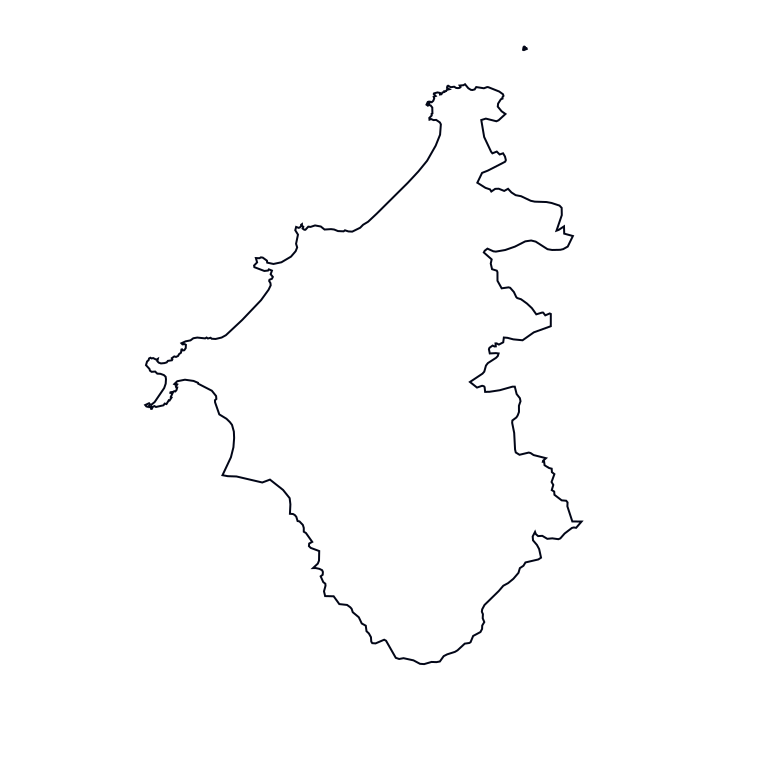 outline of Binh Son, Quảng Ngãi, Vietnam, rotated 253°
{"feature_id": "81297802B82760747397164", "entity_name": "Binh Son", "entity_type": "district", "adm_level": 2, "iso_a3": "VNM", "parent_name": "Vietnam", "parent_adm1": "Quảng Ngãi", "projection": "equal_earth", "projection_center": [108.804, 15.309], "detail": "fine", "context": "isolated", "style": "outline", "palette": "ink", "viewbox_px": 768, "rotation_deg": 253, "n_neighbors": 0, "source": "geoboundaries", "source_scale": "gbopen_adm2", "svg_char_len": 6167}
<svg xmlns="http://www.w3.org/2000/svg" viewBox="0 0 768 768"><g transform="rotate(253 384 384)"><path d="M606.7,579.1L610.4,576.2L616.0,573.9L618.8,575.1L622.1,579.0L622.3,580.8L623.5,581.0L624.6,582.5L626.3,582.5L630.0,579.7L637.3,570.6L637.8,569.5L637.6,566.0L641.0,559.0L639.2,556.8L639.3,554.5L639.9,553.1L642.2,551.1L647.0,549.1L646.5,547.4L647.3,543.6L645.6,544.0L645.1,542.9L645.3,541.3L646.0,539.6L647.8,538.0L648.3,534.6L650.5,532.5L650.2,531.6L648.7,530.8L646.8,532.6L646.9,530.1L646.0,529.1L646.3,527.2L645.6,527.1L645.7,525.1L644.3,523.6L644.5,522.2L646.0,522.6L647.2,520.4L647.3,516.8L646.8,516.4L644.3,517.6L644.2,515.5L642.4,515.5L640.4,513.9L639.5,512.0L640.4,510.7L639.3,509.5L639.8,508.5L640.9,508.9L640.9,508.3L638.7,506.3L637.4,507.3L638.0,508.0L636.8,510.0L634.3,511.0L628.6,509.4L628.4,508.5L626.8,508.1L625.2,505.1L623.5,504.8L623.6,506.5L621.9,508.5L621.3,511.1L617.8,513.9L615.7,514.3L606.0,510.5L596.8,503.1L584.9,490.5L577.2,479.0L569.5,465.7L548.9,426.6L543.8,416.2L542.4,410.6L540.4,406.9L539.0,398.2L540.3,394.6L542.4,391.6L541.8,390.0L543.7,384.7L546.3,381.5L547.6,378.6L549.1,372.3L553.1,369.6L555.8,364.4L555.7,359.7L556.6,357.6L554.5,354.0L554.8,352.9L556.5,351.6L557.9,352.8L559.5,351.8L560.8,352.2L560.5,351.3L559.1,350.8L558.3,349.1L558.3,348.0L559.9,345.9L557.0,344.1L552.0,345.4L543.8,340.9L540.0,340.9L536.8,338.3L533.0,332.3L530.4,321.5L531.1,313.4L534.2,307.8L536.2,308.1L540.3,305.0L541.1,303.3L540.7,301.7L541.9,298.3L537.4,298.2L535.3,294.4L533.6,294.2L527.1,302.6L526.4,306.3L527.3,307.4L525.2,310.0L522.1,307.7L518.9,309.0L517.4,307.6L517.2,305.0L516.1,304.3L513.7,304.9L511.5,304.5L507.9,301.2L500.1,290.9L486.7,267.1L476.9,247.1L475.9,242.3L476.3,236.1L477.7,232.4L478.9,231.7L479.0,228.9L480.3,227.9L479.9,226.3L483.0,219.0L483.5,215.0L482.3,211.7L482.8,206.8L482.2,202.2L480.8,202.9L480.4,205.1L479.4,206.0L476.3,204.9L474.7,202.9L474.9,201.5L476.2,201.0L476.2,200.4L473.3,199.0L472.5,196.8L471.0,195.2L470.7,193.0L471.7,191.5L470.7,188.6L469.4,188.8L468.7,188.1L469.3,184.1L468.2,182.5L468.2,180.1L468.9,176.7L470.3,174.8L472.1,173.9L474.2,175.1L473.8,173.4L476.3,170.8L476.4,169.2L477.4,168.3L477.1,166.8L475.6,165.8L474.8,164.0L471.6,161.9L467.0,164.1L465.2,164.1L463.6,165.3L462.8,168.8L460.2,170.2L459.1,173.2L456.9,176.1L454.8,177.3L452.3,176.9L448.1,175.3L444.4,172.6L433.8,159.4L432.3,155.7L432.6,154.3L434.3,153.7L433.7,149.5L432.0,150.2L431.2,151.5L431.8,152.9L430.5,152.9L430.4,154.6L428.4,154.0L428.1,154.6L429.8,156.3L430.0,158.0L428.7,159.2L428.1,166.9L429.4,168.5L428.4,170.1L431.4,173.5L430.9,174.1L433.2,176.9L433.9,176.3L436.9,179.0L438.0,177.1L438.5,177.4L438.1,180.5L438.5,181.3L437.9,182.3L438.9,183.8L441.1,185.2L441.5,184.3L442.6,184.3L444.1,186.2L445.0,185.2L444.7,183.9L445.2,183.4L447.1,187.1L446.3,194.9L442.6,202.8L439.5,206.5L438.6,206.4L427.9,217.4L421.6,219.9L418.7,219.3L417.9,217.6L415.9,217.1L403.1,217.6L396.8,223.2L392.6,225.5L389.3,226.7L382.4,226.5L376.2,224.9L367.5,221.5L358.7,216.2L344.0,202.9L341.5,207.7L338.7,215.9L325.4,238.8L325.9,247.0L312.2,256.5L302.4,260.4L296.3,259.3L287.4,256.1L286.3,258.9L284.9,260.3L282.7,261.3L278.2,261.3L277.3,263.0L272.9,265.2L269.8,265.2L266.2,264.1L264.3,265.8L254.0,269.2L253.3,265.8L250.9,264.8L248.7,266.0L243.2,273.2L234.1,270.2L231.6,268.2L228.7,262.3L227.9,265.0L226.1,268.2L224.0,270.4L222.1,270.6L219.5,269.6L218.6,267.2L212.3,268.0L210.2,269.5L208.2,269.1L203.3,266.0L198.4,265.7L195.7,273.8L186.6,276.9L183.5,284.1L180.3,286.5L178.5,287.3L174.9,287.4L168.3,291.7L161.5,292.7L158.2,295.9L152.7,295.0L149.9,296.6L145.7,297.5L141.4,296.5L139.6,297.0L138.4,300.1L139.4,309.4L137.9,310.9L118.7,315.2L116.6,318.1L116.1,322.5L111.1,331.4L105.9,336.6L104.4,340.5L104.3,348.2L102.7,352.8L102.3,356.3L106.3,361.5L107.0,365.4L107.1,373.5L107.8,376.4L112.1,385.3L111.4,389.9L111.8,391.3L117.0,395.6L118.6,403.7L121.1,406.2L124.3,407.3L127.0,410.3L131.1,409.9L135.0,411.3L137.6,411.0L139.8,412.0L143.3,415.5L152.4,433.1L156.2,439.1L157.3,444.5L159.9,450.8L164.1,457.4L168.2,460.1L169.4,464.2L172.0,467.1L171.1,480.3L172.0,483.4L180.8,484.1L185.4,483.2L190.9,480.8L194.7,481.6L198.4,485.2L196.1,485.3L193.5,486.9L192.5,491.0L188.2,494.9L187.2,499.8L184.6,505.4L184.8,507.5L188.2,513.0L191.4,521.6L191.3,523.6L190.3,525.7L194.7,532.7L197.5,523.9L213.4,523.6L217.1,524.9L219.1,524.1L220.8,519.9L228.2,514.6L231.4,515.3L233.5,513.4L238.0,516.4L241.3,515.6L248.0,520.6L250.6,518.8L254.0,519.6L255.4,517.3L259.3,513.8L262.9,514.4L263.2,513.2L264.1,513.7L265.7,517.2L272.3,506.3L275.1,504.0L276.1,502.4L276.7,492.9L280.0,490.0L283.1,490.2L299.2,494.2L309.4,495.2L311.6,496.1L313.3,500.8L314.8,502.6L317.8,504.9L323.8,506.7L327.6,509.5L330.7,509.8L335.6,507.9L343.2,508.3L343.9,506.1L344.2,492.9L345.7,482.7L346.9,478.4L351.6,479.3L352.7,478.8L353.6,477.3L353.4,471.9L360.8,466.8L365.1,481.2L366.5,483.5L371.8,486.9L373.6,489.4L376.3,498.9L377.5,501.0L379.7,502.5L380.8,500.1L382.3,494.1L386.6,494.5L387.8,495.5L389.0,499.1L387.6,500.6L387.3,501.9L390.2,502.5L389.9,503.6L388.1,505.4L389.0,510.2L393.4,512.2L392.1,515.5L388.9,520.7L385.3,529.3L389.6,542.4L390.5,560.4L402.2,564.0L403.0,563.1L402.5,558.3L405.7,557.1L406.1,556.2L406.1,550.0L413.3,547.6L419.2,544.2L425.0,539.8L427.2,536.6L428.4,535.9L434.0,535.1L439.1,532.8L440.0,531.4L441.1,524.5L449.5,522.7L457.8,525.2L459.4,525.0L462.2,520.9L468.0,521.3L471.7,523.4L480.6,517.9L482.0,519.3L483.2,522.5L478.9,527.4L477.9,529.7L476.7,539.1L477.1,549.4L479.1,560.8L478.2,566.7L475.8,570.7L465.1,579.8L463.0,584.0L460.8,591.8L460.6,594.8L461.7,599.9L470.3,607.9L475.1,600.3L482.1,602.2L480.3,596.1L480.2,593.8L493.5,603.4L500.5,605.4L503.3,604.0L508.1,597.2L510.5,592.6L514.3,581.5L516.3,577.9L523.5,570.0L526.1,565.1L529.9,561.9L534.4,559.7L533.5,555.4L537.2,550.8L538.1,547.4L536.7,542.9L539.1,542.3L541.9,538.4L549.2,532.1L557.2,539.5L557.7,545.6L560.8,563.0L561.2,564.9L562.5,566.0L566.2,566.2L569.8,565.3L569.7,561.7L573.3,559.8L572.9,555.1L574.9,554.3L590.9,552.0L608.0,554.2L608.0,559.0L602.4,568.3L602.7,570.7L606.7,579.1ZM665.3,615.9L662.9,614.7L662.4,615.4L662.7,618.5L663.6,618.4L663.8,616.9L665.2,617.3L665.7,616.7L665.3,615.9Z" fill="none" stroke="#020617" stroke-width="2"/></g></svg>